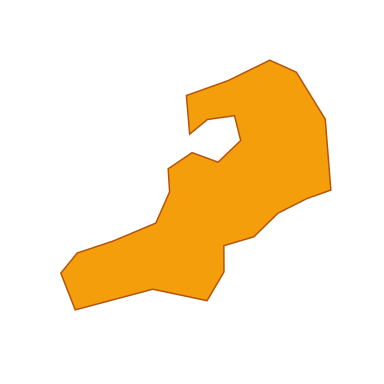 outline of Triesen, rotated 256°
{"feature_id": "LIE-4893", "entity_name": "Triesen", "entity_type": "state/province", "adm_level": 1, "iso_a3": "LIE", "parent_name": "Liechtenstein", "parent_adm1": "", "projection": "mercator", "projection_center": [9.548, 47.092], "detail": "fine", "context": "isolated", "style": "filled", "palette": "amber", "viewbox_px": 384, "rotation_deg": 256, "n_neighbors": 0, "source": "natural_earth", "source_scale": "10m", "svg_char_len": 491}
<svg xmlns="http://www.w3.org/2000/svg" viewBox="0 0 384 384"><g transform="rotate(256 192 192)"><path d="M301.1,299.3L283.0,322.2L230.5,338.9L160.3,327.2L157.8,301.7L150.7,270.4L133.6,241.2L132.2,209.9L106.7,203.7L82.9,180.3L107.2,130.3L105.9,50.2L145.0,45.1L160.6,65.9L163.5,103.5L170.6,149.4L197.6,170.3L220.3,174.5L230.2,201.6L214.6,224.5L230.2,251.7L255.8,251.7L258.6,224.5L248.7,203.7L287.0,209.9L291.3,253.7L301.1,299.3Z" fill="#f59e0b" stroke="#b45309" stroke-width="1.5"/></g></svg>